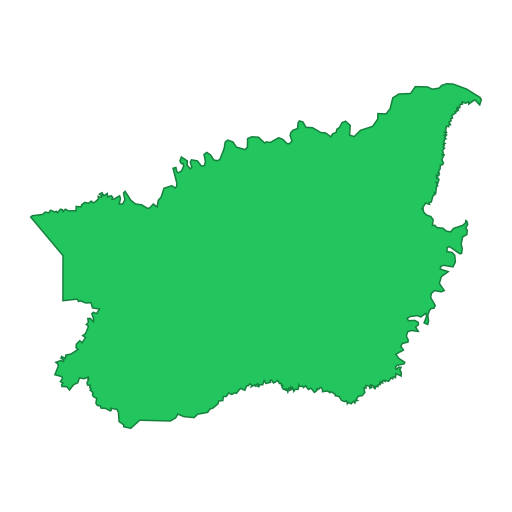 Puerto López, Meta, Colombia (Robinson projection)
{"feature_id": "7082276B57935964838020", "entity_name": "Puerto López", "entity_type": "district", "adm_level": 2, "iso_a3": "COL", "parent_name": "Colombia", "parent_adm1": "Meta", "projection": "robinson", "projection_center": [-72.727, 4.039], "detail": "fine", "context": "isolated", "style": "filled", "palette": "green", "viewbox_px": 512, "rotation_deg": 0, "n_neighbors": 0, "source": "geoboundaries", "source_scale": "gbopen_adm2", "svg_char_len": 6026}
<svg xmlns="http://www.w3.org/2000/svg" viewBox="0 0 512 512"><path d="M112.7,197.2L111.2,195.7L107.7,196.9L107.3,193.5L103.8,195.7L102.0,192.7L99.4,194.2L101.9,195.7L101.1,197.4L98.2,196.4L98.4,199.0L94.7,202.3L93.2,202.8L91.2,201.1L88.5,203.3L84.8,202.4L81.8,204.6L81.0,206.9L76.2,206.4L76.0,210.7L68.4,210.9L65.4,209.2L63.1,211.6L62.4,209.7L60.4,209.2L57.5,212.8L56.2,211.2L54.7,212.0L50.6,210.2L48.8,212.8L45.2,212.1L42.5,214.5L32.3,215.7L30.7,217.1L63.0,255.6L62.9,300.7L77.3,299.1L78.5,301.5L80.3,300.8L85.8,303.0L91.0,302.7L92.5,307.9L99.4,309.0L96.7,313.6L93.3,312.3L91.8,313.8L93.6,318.8L93.4,321.7L90.3,318.4L87.8,318.5L88.4,322.5L86.3,324.5L88.5,326.2L85.6,333.5L82.7,335.6L85.6,337.5L82.0,342.8L79.8,340.7L76.4,344.2L76.0,347.7L78.1,349.4L70.8,354.1L65.8,355.1L65.3,358.4L61.6,356.5L61.0,358.2L63.8,359.8L63.5,361.6L61.0,360.5L55.8,362.3L58.0,364.1L58.3,366.1L54.9,374.7L62.0,376.7L62.4,378.4L60.4,381.6L63.0,383.1L61.6,384.8L61.9,386.5L66.8,386.7L69.5,390.0L73.7,384.6L77.8,382.8L79.4,377.9L84.0,378.7L88.3,377.1L87.9,379.0L88.9,379.1L87.0,382.5L87.5,385.1L90.4,385.3L89.7,387.6L91.2,388.7L90.1,390.2L93.1,392.7L92.4,394.6L93.3,396.5L96.7,398.4L95.9,403.2L97.5,405.5L100.2,405.8L101.0,408.1L105.5,408.4L110.3,410.9L111.3,410.2L110.8,408.2L116.9,409.4L118.4,412.2L119.1,421.6L123.9,425.0L123.7,426.7L130.8,428.3L139.7,420.2L170.4,421.0L175.6,417.9L177.9,414.1L183.7,416.6L194.1,417.6L197.7,414.2L207.6,412.4L209.9,409.1L213.3,407.9L218.1,403.6L218.8,400.9L222.8,400.6L223.3,396.6L226.2,396.5L228.8,392.9L231.7,394.5L234.4,392.9L236.4,393.4L240.4,388.4L244.8,390.3L246.6,385.8L248.6,385.6L249.7,383.8L251.9,385.4L251.3,386.7L254.7,384.9L255.3,386.1L257.6,383.7L258.4,385.8L257.5,386.3L258.8,386.8L259.7,384.7L262.7,384.8L264.2,380.5L265.9,383.5L270.5,382.3L269.7,380.9L271.4,380.0L273.5,383.0L277.9,380.6L279.4,383.5L281.2,383.3L281.4,385.3L282.7,385.5L281.9,386.9L283.4,389.4L286.2,388.9L285.6,390.1L287.0,390.1L287.8,392.0L288.8,388.0L290.0,388.4L289.9,390.3L291.7,389.3L290.6,388.5L291.0,386.8L292.7,388.0L293.8,391.4L295.1,389.4L298.1,389.4L298.8,385.3L299.2,386.4L302.6,386.2L303.4,387.6L305.7,385.9L308.4,389.5L311.1,388.3L314.4,392.4L317.0,390.4L316.9,388.6L318.6,389.3L320.4,387.2L322.5,389.4L322.5,391.7L327.4,391.0L330.1,392.7L330.9,391.6L335.3,394.3L335.1,395.6L339.1,396.6L341.7,400.5L344.7,401.6L346.6,400.7L347.3,403.8L348.5,402.4L351.1,403.8L353.4,401.3L354.9,403.0L355.4,401.0L357.4,400.5L356.1,399.8L358.3,396.3L362.2,395.6L364.8,392.6L364.0,387.9L366.0,388.1L366.0,385.4L369.5,386.1L369.6,387.2L370.4,385.7L370.6,387.9L371.7,387.5L371.7,385.1L374.6,386.5L373.7,387.5L375.0,388.7L376.0,386.4L378.0,386.5L377.5,385.3L379.2,384.6L380.0,382.4L380.4,384.1L381.4,382.4L382.6,382.9L382.2,381.2L384.3,380.8L383.5,379.5L385.1,381.5L385.7,380.5L388.6,381.3L391.1,377.9L392.7,378.8L393.1,377.2L395.0,376.7L395.4,378.3L395.9,373.7L401.2,376.0L401.2,372.2L399.8,369.9L401.0,367.3L398.7,367.1L396.4,369.5L395.4,368.0L396.7,365.4L404.1,363.8L404.8,362.3L398.8,358.4L395.8,354.2L403.5,350.0L400.8,346.3L402.3,343.5L408.0,342.1L408.2,339.9L406.3,336.1L407.7,331.7L411.3,330.5L418.3,331.4L415.6,327.0L418.5,324.7L418.2,322.4L414.8,320.4L408.5,320.7L407.1,318.3L410.5,316.4L417.6,315.6L420.7,317.0L425.9,313.3L426.6,316.2L424.1,322.9L427.7,324.5L428.6,321.0L427.8,315.3L429.4,310.7L430.8,308.7L434.1,308.1L435.2,305.4L430.7,297.6L431.3,293.5L434.6,290.6L441.3,291.8L444.3,290.6L439.3,283.4L441.4,276.6L448.2,271.7L440.2,269.0L440.8,266.3L443.6,265.3L453.0,266.9L455.4,261.9L454.7,255.2L452.1,252.4L446.9,251.6L447.2,247.6L449.5,246.6L459.8,253.8L461.6,253.4L462.3,248.4L461.1,244.2L462.7,236.9L466.9,234.5L467.2,230.1L465.7,228.0L467.7,224.4L466.9,221.4L465.8,220.6L465.7,222.7L462.6,225.4L453.5,228.4L450.6,231.9L446.2,231.1L443.0,228.2L437.0,227.6L434.7,225.3L432.4,225.5L433.1,219.7L430.9,216.6L426.5,215.0L423.7,212.2L423.1,208.7L422.1,208.8L425.5,203.2L429.6,204.3L429.1,202.4L431.3,202.0L433.0,195.8L434.9,194.5L434.4,192.7L435.7,193.3L436.6,186.1L437.7,185.8L436.3,182.6L437.7,183.3L439.0,179.5L437.5,177.6L436.6,178.2L436.5,175.1L438.1,175.9L439.3,174.7L438.0,172.9L439.2,172.8L438.5,171.2L440.1,169.0L440.3,165.1L442.6,164.7L443.5,163.0L441.8,159.7L444.1,154.8L442.2,154.7L443.3,153.1L442.5,150.5L444.5,148.1L443.2,147.4L444.3,145.3L443.4,144.5L445.0,143.5L443.8,143.1L444.5,139.4L446.0,138.8L444.6,137.6L445.7,136.0L444.5,135.5L446.5,134.8L444.5,132.4L446.5,132.4L445.6,130.8L446.5,126.1L448.7,126.7L449.0,124.7L450.4,124.7L448.9,122.1L451.1,120.9L450.7,118.7L452.5,118.1L451.7,115.5L455.9,112.8L455.2,111.5L457.1,111.1L456.8,108.6L458.3,109.9L457.9,107.1L459.7,107.8L460.1,104.4L462.5,104.1L462.2,101.9L465.4,103.2L468.5,101.9L468.7,104.1L474.8,99.8L479.7,104.9L481.3,99.7L480.2,97.6L466.7,89.1L453.2,84.1L446.8,83.7L441.5,85.5L439.2,88.1L432.2,89.2L427.7,87.0L415.3,86.6L410.6,93.5L398.9,94.0L392.8,97.8L390.1,108.7L386.1,113.9L377.9,113.6L377.7,119.1L372.6,126.4L360.5,130.3L354.2,136.6L349.6,135.1L350.2,125.4L345.5,121.2L342.0,122.7L339.5,127.5L336.9,129.2L336.2,132.3L332.6,133.9L330.8,136.8L325.5,132.9L320.9,132.6L312.5,127.7L305.9,127.3L303.0,122.0L299.4,120.9L298.1,122.8L297.6,128.5L292.9,130.3L290.7,132.9L290.1,135.5L292.0,141.1L289.3,143.8L287.1,143.6L282.7,139.3L278.7,137.7L270.2,142.5L266.3,141.9L264.6,143.0L258.5,137.2L251.7,136.8L247.6,138.6L247.4,147.4L245.0,149.6L236.4,147.1L232.8,141.8L227.6,140.1L225.2,142.1L224.1,148.7L219.9,159.4L217.6,160.7L213.9,160.1L210.6,155.0L206.7,152.4L204.0,154.5L205.4,161.2L204.5,165.5L201.5,166.2L197.4,160.9L191.5,159.8L190.3,162.2L191.8,167.4L190.4,168.8L187.2,165.4L187.3,160.9L181.4,157.0L179.9,160.9L181.3,163.6L183.2,163.7L183.6,166.2L181.5,171.0L178.3,172.7L176.8,171.7L175.9,167.4L173.0,168.3L176.9,183.3L176.6,186.4L175.2,188.0L171.8,185.7L164.0,188.3L161.1,197.1L158.3,200.3L157.1,207.0L153.3,204.0L149.9,207.8L147.5,208.4L141.7,204.8L135.5,204.0L130.8,200.2L125.1,191.3L123.5,193.0L124.9,200.0L122.5,204.1L119.2,204.0L120.5,198.7L119.6,195.8L113.8,199.2L112.1,199.2L112.7,197.2Z" fill="#22c55e" stroke="#15803d" stroke-width="1.5"/></svg>